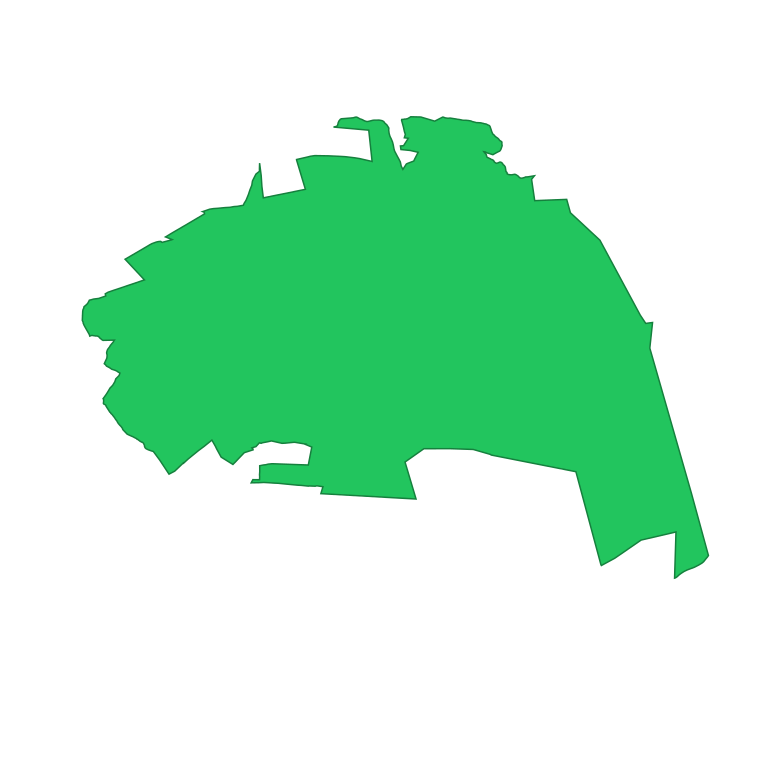 outline of Acacoyagua, Chiapas, Mexico, rotated 74°
{"feature_id": "50627088B49299512853097", "entity_name": "Acacoyagua", "entity_type": "district", "adm_level": 2, "iso_a3": "MEX", "parent_name": "Mexico", "parent_adm1": "Chiapas", "projection": "equal_earth", "projection_center": [-92.715, 15.405], "detail": "fine", "context": "isolated", "style": "filled", "palette": "green", "viewbox_px": 768, "rotation_deg": 74, "n_neighbors": 0, "source": "geoboundaries", "source_scale": "gbopen_adm2", "svg_char_len": 6134}
<svg xmlns="http://www.w3.org/2000/svg" viewBox="0 0 768 768"><g transform="rotate(74 384 384)"><path d="M256.9,653.6L256.7,652.1L256.9,651.0L257.4,650.1L257.8,649.1L258.3,648.2L258.5,647.3L259.2,645.8L260.7,644.7L261.2,644.6L262.1,644.1L262.5,643.7L263.3,643.3L264.6,642.1L267.5,631.1L268.3,632.1L269.0,632.6L269.7,633.7L270.4,634.8L271.0,635.6L271.3,636.2L272.7,637.6L274.4,639.9L275.0,640.5L276.2,641.3L277.4,642.0L278.6,642.2L279.0,642.1L280.5,642.4L282.3,643.1L283.1,643.6L283.7,644.1L284.9,645.2L287.4,647.3L288.7,646.4L290.3,645.8L292.6,643.4L294.7,641.7L296.5,639.0L297.8,637.4L299.1,636.4L300.7,634.8L302.8,636.3L305.1,640.4L307.6,642.1L310.5,645.2L312.3,648.4L314.5,650.7L316.0,652.3L317.8,654.4L320.7,658.1L321.4,657.8L322.3,658.0L323.7,658.4L324.8,658.9L325.4,659.1L326.0,658.9L327.1,657.7L327.9,657.2L328.7,657.3L335.5,655.3L336.1,654.8L337.1,654.6L338.3,653.8L340.9,652.8L342.0,652.3L344.2,651.7L345.7,651.0L346.9,650.8L347.8,650.5L348.8,650.3L349.7,649.8L350.5,649.5L352.1,648.6L354.4,647.7L355.3,647.7L356.1,647.5L356.9,647.1L359.5,645.7L361.3,644.8L362.5,643.5L363.6,642.2L365.0,640.5L365.8,639.5L366.5,638.9L368.3,636.9L369.1,636.6L369.3,636.0L370.2,635.5L370.6,635.1L371.5,634.5L372.0,634.1L372.5,633.5L373.0,633.1L373.5,632.2L374.6,631.6L376.6,631.2L378.2,631.4L379.5,631.2L380.7,630.5L382.3,628.7L384.1,626.2L385.3,624.3L395.5,620.5L411.4,615.5L410.1,609.2L405.4,600.2L404.5,598.6L404.9,598.5L402.0,592.7L396.8,580.5L394.4,574.1L390.5,564.9L397.6,563.2L400.1,562.8L409.4,560.7L419.7,551.4L418.9,550.0L418.1,548.5L415.7,544.5L411.5,537.2L411.2,528.0L410.4,527.9L409.0,528.6L408.9,526.0L408.9,524.4L406.2,520.0L407.1,518.5L407.0,516.8L407.5,511.6L407.7,507.9L412.9,498.4L413.6,495.4L415.2,486.7L415.5,485.7L420.2,475.8L420.4,476.2L424.7,470.8L441.0,479.1L429.8,513.5L429.1,517.4L429.0,520.0L428.6,522.3L428.3,526.0L434.0,527.6L437.0,528.7L438.5,529.0L441.7,530.0L439.8,536.4L442.4,538.9L444.5,531.0L445.5,526.7L447.7,520.4L448.6,518.0L450.4,512.7L451.1,511.0L452.9,506.5L457.5,494.8L458.6,491.6L461.3,484.9L461.5,483.5L461.6,483.4L463.3,478.2L463.3,476.7L465.9,471.0L472.0,474.9L503.4,384.9L464.8,385.3L457.2,363.5L464.3,338.5L471.5,316.3L481.1,301.0L481.8,300.6L521.2,223.7L617.4,225.3L618.4,225.1L615.1,210.2L604.9,179.9L606.7,144.1L650.7,158.2L650.7,157.3L650.0,155.2L648.9,153.1L648.0,150.8L646.9,147.2L646.3,143.7L645.7,136.1L644.8,131.5L643.8,127.7L642.9,125.7L641.9,124.3L640.6,122.5L639.4,120.7L638.3,119.4L574.0,118.6L422.8,118.6L398.9,108.9L397.9,115.7L388.4,118.7L305.3,136.8L270.8,157.6L256.9,157.5L249.3,188.6L227.9,185.7L225.3,182.0L224.5,188.8L224.0,190.9L224.2,191.9L224.2,193.5L224.2,194.3L224.0,195.2L223.7,195.9L223.1,196.7L222.6,196.9L222.3,197.2L221.9,197.4L221.0,197.8L219.4,199.2L218.7,200.0L218.4,200.7L218.1,203.6L217.9,204.3L217.5,205.4L217.1,206.2L216.7,206.9L216.1,207.6L214.5,207.5L213.3,208.2L212.2,208.0L208.9,207.6L208.3,207.8L207.2,208.1L206.6,208.5L206.2,208.9L204.6,209.3L204.3,209.5L203.7,209.8L203.1,210.4L202.8,210.9L202.6,211.5L202.9,213.8L202.8,214.5L202.8,215.1L202.4,215.6L202.0,216.0L200.7,216.9L200.3,216.8L199.1,217.2L198.7,217.7L198.1,218.2L197.8,218.9L196.8,219.7L194.5,222.4L194.0,222.5L192.2,222.5L191.5,222.5L189.0,223.7L188.2,224.0L188.9,222.5L189.7,221.9L190.3,221.1L190.8,220.4L191.5,219.2L193.1,216.9L193.6,216.1L193.4,215.3L193.2,214.6L192.4,211.0L192.0,208.6L191.5,207.8L190.6,206.9L187.9,205.0L187.3,204.7L185.5,204.5L184.8,204.2L183.9,204.0L183.3,204.3L182.8,204.7L181.9,205.6L181.2,205.9L180.5,206.1L179.2,206.8L176.6,208.9L175.4,209.3L174.8,209.7L173.9,210.4L173.0,210.6L171.8,210.8L170.3,210.9L169.4,210.9L165.6,211.1L164.8,211.4L164.2,211.9L163.8,212.5L163.2,213.2L162.5,213.8L162.0,214.7L161.5,215.7L161.1,216.5L160.7,216.9L160.4,217.7L159.7,218.8L158.9,221.0L158.5,222.2L158.2,223.2L157.6,224.1L156.0,226.9L155.2,227.8L154.6,229.0L154.0,230.2L153.1,232.5L152.4,234.9L151.8,236.3L151.3,237.1L150.3,239.1L149.9,240.2L149.2,241.5L146.6,247.1L146.2,249.2L145.5,250.8L145.2,251.5L144.7,252.3L144.0,253.1L143.6,254.0L145.3,262.8L137.5,275.0L134.5,284.6L135.3,287.6L135.4,288.6L135.3,290.2L135.0,291.3L135.0,292.2L134.6,294.0L135.2,294.4L142.2,294.5L147.1,294.8L150.0,294.7L152.9,296.6L154.5,292.9L160.3,299.5L159.7,302.6L163.3,303.1L166.7,294.5L170.7,287.3L176.5,292.8L177.3,293.4L177.9,294.0L178.4,300.2L178.5,300.9L178.7,301.9L182.9,306.7L179.3,307.4L175.1,307.1L171.9,307.7L168.8,308.4L163.0,309.6L160.6,309.6L156.8,309.2L153.7,309.1L150.3,309.5L147.6,310.0L144.5,310.0L141.3,309.5L139.3,308.8L135.7,309.8L133.4,311.3L131.6,311.9L130.3,313.3L129.7,314.4L129.0,315.9L127.6,320.9L127.5,321.7L127.4,322.3L127.3,325.8L127.2,327.1L127.0,328.1L126.8,328.5L126.4,329.0L126.1,329.6L125.2,330.7L124.9,331.1L124.3,331.5L123.3,332.8L122.6,333.9L120.3,336.2L119.9,336.8L119.7,337.4L119.6,338.1L119.6,340.2L119.2,342.4L117.3,351.8L117.4,352.6L117.5,353.0L118.5,354.4L118.9,355.0L119.9,355.7L120.3,356.1L121.0,356.4L121.9,357.0L122.6,357.4L123.2,358.5L123.2,359.3L123.1,361.7L135.8,328.7L166.8,334.1L160.6,345.3L158.4,350.0L154.8,358.6L152.9,364.0L149.4,374.4L145.4,387.5L144.8,391.9L144.7,395.1L144.1,406.2L144.7,406.3L175.2,405.9L171.8,448.7L160.4,446.9L149.8,444.6L137.4,442.7L142.7,444.4L145.2,445.1L146.9,449.2L149.0,451.2L152.6,454.5L156.5,456.3L160.5,459.4L164.6,462.2L169.4,466.0L171.8,468.7L173.4,469.9L172.8,476.0L172.1,479.2L171.7,483.3L170.6,488.2L169.3,495.3L168.4,499.5L167.9,503.4L168.1,507.1L168.3,510.8L169.2,509.5L171.0,509.6L177.0,532.7L178.8,539.8L180.2,545.3L182.4,553.5L186.8,547.8L186.9,548.7L186.7,557.7L186.8,558.0L186.3,558.8L185.7,559.0L185.3,559.5L185.2,560.1L185.0,560.9L184.8,563.0L184.8,564.2L185.1,568.5L185.3,569.1L185.4,570.0L186.1,572.6L186.8,575.3L192.7,598.5L217.9,585.6L219.4,617.9L219.7,623.9L220.5,627.1L222.7,627.2L223.1,634.6L222.3,639.8L222.3,642.6L222.2,644.1L224.3,646.1L225.3,647.2L225.5,648.1L226.0,648.6L226.2,649.1L226.9,650.9L227.2,651.2L228.3,651.7L229.5,652.8L231.1,653.6L234.7,654.8L234.8,654.9L235.1,654.9L235.6,655.1L239.8,656.5L240.8,656.3L241.5,656.2L242.2,656.3L242.6,656.4L243.1,656.3L244.4,656.2L246.8,655.7L254.9,653.7L256.5,653.6L256.9,653.6Z" fill="#22c55e" stroke="#15803d" stroke-width="1.5"/></g></svg>